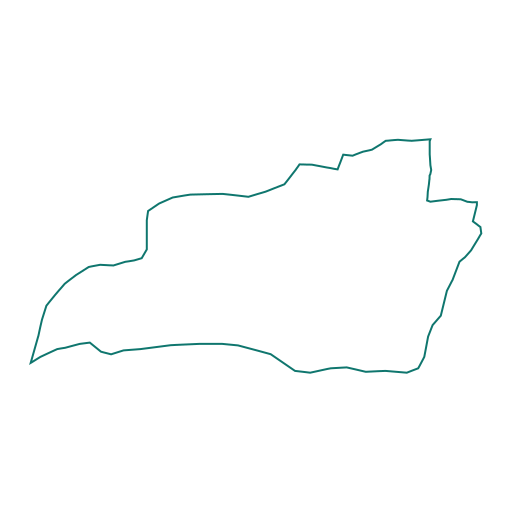 outline of Lanny Jaya, Papua, Indonesia
{"feature_id": "22746128B21145180666794", "entity_name": "Lanny Jaya", "entity_type": "district", "adm_level": 2, "iso_a3": "IDN", "parent_name": "Indonesia", "parent_adm1": "Papua", "projection": "natural_earth1", "projection_center": [138.324, -3.957], "detail": "fine", "context": "isolated", "style": "outline", "palette": "teal", "viewbox_px": 512, "rotation_deg": 0, "n_neighbors": 0, "source": "geoboundaries", "source_scale": "gbopen_adm2", "svg_char_len": 2641}
<svg xmlns="http://www.w3.org/2000/svg" viewBox="0 0 512 512"><path d="M431.2,170.0L430.4,165.2L430.0,158.7L429.7,154.3L429.7,150.1L429.7,142.4L429.7,141.2L430.4,139.3L426.6,139.6L420.6,140.1L411.6,140.8L410.4,140.7L408.3,140.6L397.9,139.8L396.6,139.9L393.8,140.1L390.5,140.4L388.6,140.6L385.7,140.8L383.4,142.4L380.8,144.3L378.6,145.6L375.0,147.8L371.9,149.7L371.4,149.8L369.4,150.3L366.6,150.9L362.9,151.7L362.7,151.8L359.4,153.0L358.7,153.3L356.0,154.3L352.6,155.7L349.8,155.4L346.0,155.0L343.7,154.7L343.2,154.7L340.1,162.9L339.1,165.4L337.6,169.4L335.2,169.0L334.0,168.8L330.1,168.0L326.9,167.5L318.5,165.9L316.8,165.6L312.1,164.7L309.6,164.6L306.9,164.6L304.2,164.5L299.5,164.4L297.7,167.0L296.3,168.9L295.8,169.7L292.9,173.4L288.2,179.5L284.4,184.3L273.6,188.5L268.6,190.5L265.5,191.7L261.8,192.8L257.3,194.1L248.4,196.8L239.9,195.8L231.1,194.8L222.6,193.9L207.2,194.2L190.4,194.6L184.5,195.5L179.8,196.3L172.7,197.5L159.4,203.4L158.7,203.8L148.1,211.0L147.5,215.1L146.8,220.2L146.8,224.6L146.8,228.2L146.8,238.4L146.8,239.2L146.8,249.4L141.7,258.2L134.2,260.4L128.8,261.3L125.3,261.8L113.3,265.5L112.4,265.4L109.5,265.3L100.1,264.8L91.5,266.4L88.7,267.0L76.1,275.0L70.2,279.5L67.6,281.5L64.7,283.8L60.4,288.8L59.3,290.0L57.6,292.0L55.3,294.7L49.5,301.8L46.4,305.7L42.0,319.6L40.4,326.5L39.1,332.5L38.8,334.0L38.3,336.2L38.2,336.4L30.7,362.9L31.9,362.2L36.5,359.3L40.4,356.9L47.2,353.7L52.6,351.2L57.2,349.1L61.2,348.4L65.1,347.8L72.9,345.7L79.7,343.9L89.8,342.6L101.0,351.7L104.0,352.5L111.1,354.3L123.5,350.4L140.4,349.1L159.1,346.7L170.7,345.2L176.4,344.9L198.8,343.9L207.5,343.9L222.4,343.9L238.0,345.4L257.9,350.7L270.7,354.2L295.0,370.9L302.8,371.8L310.2,372.7L327.6,368.9L330.8,368.3L341.2,367.7L346.7,367.4L355.9,369.5L364.0,371.4L365.8,371.8L371.9,371.5L377.9,371.2L385.5,370.9L406.8,372.7L411.9,370.7L418.2,368.3L419.7,365.6L423.4,358.6L424.3,356.8L426.1,347.3L428.1,336.6L432.6,325.1L439.3,317.4L440.8,315.7L446.9,290.8L449.7,285.4L451.8,281.3L452.5,280.1L457.4,267.2L459.5,261.7L463.6,258.3L463.9,258.1L464.9,257.3L470.5,251.0L470.9,250.5L471.1,250.3L472.9,247.3L476.4,241.6L478.0,239.0L480.2,235.2L480.9,234.1L481.3,233.4L481.2,232.8L480.5,227.7L480.4,227.0L478.6,225.7L476.6,224.1L472.9,221.4L475.9,209.2L476.8,205.5L476.8,205.3L476.9,205.0L476.9,202.2L475.6,202.2L472.6,202.3L472.1,202.3L468.8,201.9L467.4,201.8L462.7,200.0L460.8,199.3L458.3,199.2L454.3,199.1L451.3,199.0L451.2,199.0L445.7,199.9L445.4,199.9L437.5,200.8L430.4,201.7L427.1,200.5L427.5,197.2L427.8,191.8L428.0,190.5L428.9,184.4L429.4,179.5L429.5,179.3L429.6,175.5L430.3,174.2L431.1,170.5L431.2,170.0Z" fill="none" stroke="#0f766e" stroke-width="2"/></svg>